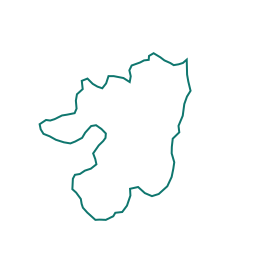 the district of Trachonas, Cyprus, rotated 222°
{"feature_id": "46923920B71811128536936", "entity_name": "Trachonas", "entity_type": "district", "adm_level": 2, "iso_a3": "CYP", "parent_name": "Cyprus", "parent_adm1": "", "projection": "orthographic", "projection_center": [33.353, 35.206], "detail": "fine", "context": "isolated", "style": "outline", "palette": "teal", "viewbox_px": 256, "rotation_deg": 222, "n_neighbors": 0, "source": "geoboundaries", "source_scale": "gbopen_adm2", "svg_char_len": 1240}
<svg xmlns="http://www.w3.org/2000/svg" viewBox="0 0 256 256"><g transform="rotate(222 128 128)"><path d="M130.1,218.1L130.7,213.1L133.0,209.2L136.1,205.3L140.0,204.6L146.2,202.6L151.2,202.2L159.0,200.7L160.6,195.6L158.2,192.5L161.3,189.0L162.9,184.7L167.1,176.9L165.6,171.8L160.6,168.3L157.5,163.3L164.8,162.1L173.3,157.0L177.2,153.5L174.1,146.5L173.7,140.3L178.4,138.3L183.8,137.2L191.2,137.6L193.9,132.1L187.7,126.6L188.5,118.9L185.0,113.4L179.2,108.0L177.6,103.3L182.3,97.0L185.4,93.2L188.5,85.4L190.8,81.5L194.3,79.1L196.2,71.7L192.0,68.6L186.9,67.1L180.7,69.4L173.7,71.0L166.0,74.5L160.5,78.0L158.2,82.6L155.5,90.0L156.7,95.9L156.7,104.8L153.6,108.7L147.0,109.5L140.8,109.1L138.1,105.6L137.7,101.7L138.1,95.5L136.9,85.8L131.5,83.0L127.2,79.9L128.4,72.9L131.5,67.5L133.0,61.6L136.1,57.7L135.0,53.4L128.4,45.3L123.3,45.3L115.6,43.7L111.7,40.6L108.2,38.6L101.6,37.9L90.8,37.9L87.7,41.0L83.0,44.9L79.9,52.6L80.7,56.5L76.1,61.7L76.8,69.6L81.0,79.4L85.8,84.2L81.0,90.9L71.9,90.9L64.6,93.4L61.0,99.5L59.8,111.0L62.8,120.8L67.1,128.1L70.7,133.5L78.6,138.4L82.8,143.3L87.6,150.0L87.0,159.1L91.9,163.4L95.5,173.7L102.2,183.5L105.2,190.8L106.4,197.5L114.3,202.9L119.8,207.2L130.1,218.1Z" fill="none" stroke="#0f766e" stroke-width="2"/></g></svg>